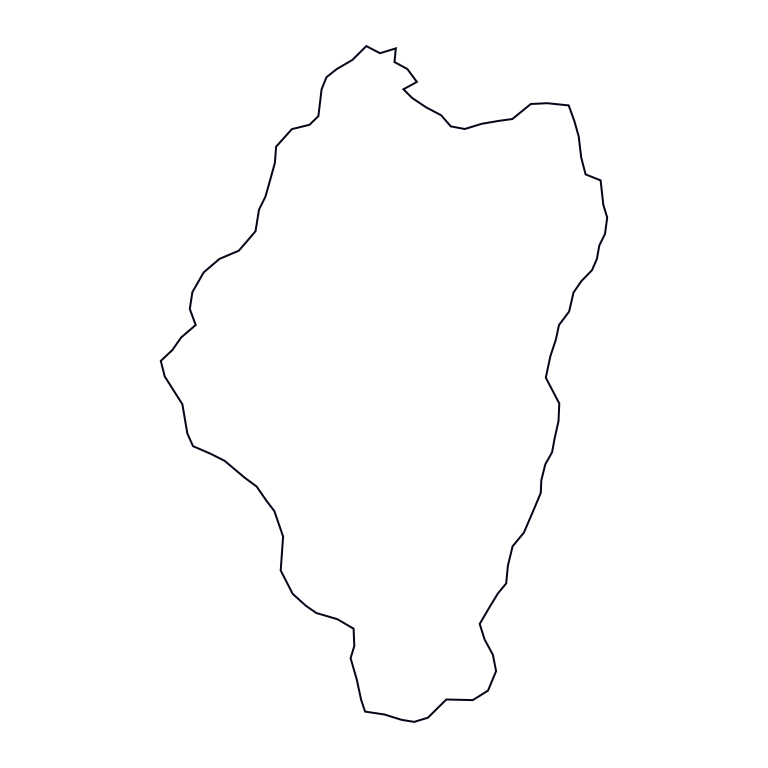 the district of São João do Pau d'Alho, São Paulo, Brazil
{"feature_id": "56859067B53554548592147", "entity_name": "São João do Pau d'Alho", "entity_type": "district", "adm_level": 2, "iso_a3": "BRA", "parent_name": "Brazil", "parent_adm1": "São Paulo", "projection": "albers", "projection_center": [-51.671, -21.228], "detail": "fine", "context": "isolated", "style": "outline", "palette": "ink", "viewbox_px": 768, "rotation_deg": 0, "n_neighbors": 0, "source": "geoboundaries", "source_scale": "gbopen_adm2", "svg_char_len": 1386}
<svg xmlns="http://www.w3.org/2000/svg" viewBox="0 0 768 768"><path d="M366.3,46.1L352.3,60.0L336.8,69.0L326.5,77.2L321.6,89.3L318.4,116.1L309.5,124.8L291.9,129.1L276.1,146.7L274.9,162.8L269.3,183.1L265.4,196.7L259.0,209.7L255.5,231.3L238.8,250.7L219.4,258.9L203.7,272.4L192.4,292.1L189.8,309.0L195.7,325.0L181.2,337.4L172.3,350.1L160.8,360.9L164.7,376.4L182.4,404.3L187.3,433.3L193.0,446.2L210.2,453.6L224.7,460.9L244.8,477.8L256.6,486.5L266.6,501.0L274.3,511.0L283.1,536.5L280.7,570.5L292.7,593.9L305.9,605.8L316.5,613.1L337.4,619.2L353.6,628.7L354.3,646.1L350.6,658.2L356.7,679.3L361.2,700.1L365.1,711.6L384.5,714.5L401.4,719.8L414.2,721.9L427.9,717.7L446.3,699.5L472.8,700.1L488.0,690.6L496.1,671.1L492.9,654.8L484.6,639.5L479.7,623.9L488.5,608.9L497.9,593.4L506.2,583.4L507.9,565.7L512.6,546.3L523.9,532.6L534.0,509.1L540.8,492.8L541.3,480.4L545.3,464.3L552.1,452.2L554.6,438.5L558.5,421.2L559.3,403.5L545.8,377.7L550.4,356.1L555.8,339.8L559.0,325.0L569.1,311.6L573.5,292.6L581.2,281.3L592.0,270.2L596.9,258.9L599.3,245.5L605.0,233.9L607.2,217.6L603.3,204.7L600.6,180.4L585.6,174.4L581.2,157.5L578.7,136.4L574.3,120.9L568.7,105.4L547.1,103.2L530.8,104.0L512.4,119.0L498.7,120.9L481.7,123.8L464.8,129.0L450.8,126.4L441.2,115.3L426.2,107.4L412.2,98.0L403.4,89.3L416.9,81.9L407.3,69.0L394.5,62.1L395.8,48.4L380.0,53.2L366.3,46.1Z" fill="none" stroke="#020617" stroke-width="2"/></svg>